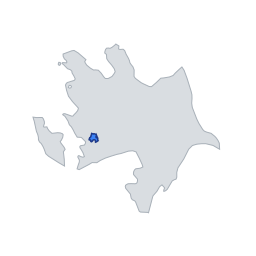 Shusha District, Şuşa, Azerbaijan shown in context, rotated 18°
{"feature_id": "54616110B49912296290484", "entity_name": "Shusha District", "entity_type": "district", "adm_level": 2, "iso_a3": "AZE", "parent_name": "Azerbaijan", "parent_adm1": "Şuşa", "projection": "albers", "projection_center": [46.676, 39.693], "detail": "fine", "context": "in_parent", "style": "filled", "palette": "blue", "viewbox_px": 256, "rotation_deg": 18, "n_neighbors": 0, "source": "geoboundaries", "source_scale": "gbopen_adm2", "svg_char_len": 4084}
<svg xmlns="http://www.w3.org/2000/svg" viewBox="0 0 256 256"><g transform="rotate(18 128 128)"><path d="M173.7,202.3L172.7,202.2L165.8,204.1L164.3,203.6L158.1,196.0L156.9,195.2L154.3,194.9L152.7,193.7L151.5,191.6L150.7,190.1L144.5,186.1L143.5,184.5L143.4,183.2L144.3,182.0L145.3,181.0L148.3,179.9L151.8,178.9L152.9,178.3L153.5,177.2L153.4,175.4L152.8,173.7L147.7,170.6L147.1,169.2L146.9,167.5L147.2,165.8L148.0,164.4L152.0,162.5L154.2,160.5L152.8,158.4L148.3,153.5L143.0,148.2L139.5,148.2L135.5,149.9L129.1,154.5L125.6,156.5L120.9,159.8L115.9,163.5L111.7,167.4L109.1,170.6L104.5,172.0L102.2,174.7L94.4,182.7L92.2,182.6L92.1,178.6L92.2,175.4L91.7,173.6L89.2,171.1L89.2,170.1L89.8,169.4L91.8,169.8L94.2,169.7L95.4,168.7L92.8,165.4L90.4,163.2L88.5,161.7L88.0,160.8L88.0,160.2L88.4,159.5L91.8,157.7L92.2,156.0L92.0,154.2L86.6,151.4L82.5,152.4L78.9,149.3L76.6,146.9L73.8,144.4L71.2,143.0L68.7,139.8L64.5,136.4L61.8,135.5L61.8,135.0L62.3,134.4L63.5,133.9L71.1,134.1L72.0,133.5L72.5,132.1L73.6,130.0L74.8,127.0L74.7,124.4L67.1,120.1L61.6,116.2L57.9,111.1L55.3,106.5L55.5,104.9L56.2,103.5L62.2,99.3L62.6,98.2L62.5,97.4L60.4,95.2L57.8,92.9L57.0,91.3L55.3,90.4L52.2,90.3L46.7,87.4L45.5,87.2L45.3,86.6L45.6,86.0L49.5,85.0L49.5,84.1L48.3,82.8L46.1,81.9L44.1,79.7L43.4,77.7L50.6,72.0L52.7,70.9L57.4,72.0L66.9,76.0L66.3,78.1L67.2,79.3L69.4,81.0L73.7,82.7L77.3,83.5L79.1,82.8L81.9,82.2L85.5,84.1L88.8,86.6L90.4,87.6L91.3,87.9L93.8,87.1L96.9,83.9L98.1,80.2L98.4,78.4L96.6,75.9L93.0,73.2L89.0,70.8L86.4,68.7L84.7,64.6L83.0,64.1L82.6,63.5L82.4,62.1L82.4,60.2L83.0,58.7L84.7,58.0L86.3,57.8L87.8,56.3L89.7,53.5L90.5,51.9L94.0,52.8L94.5,55.4L95.1,55.9L96.6,55.6L99.0,54.6L100.9,55.4L103.4,58.4L106.9,61.6L108.7,63.7L109.5,65.2L111.2,66.6L113.8,68.3L115.9,70.9L117.8,77.1L119.6,78.5L126.3,80.8L128.7,81.2L135.3,82.0L137.6,81.4L140.9,76.0L143.8,70.5L146.6,69.3L151.7,66.6L154.7,64.1L155.9,61.3L158.7,56.2L160.4,53.3L163.5,55.8L168.8,62.5L176.6,73.5L178.5,76.6L179.8,80.3L180.9,84.7L182.8,88.6L190.7,98.3L194.1,101.8L199.6,106.4L201.6,107.4L204.1,107.6L208.7,107.4L213.1,109.1L215.2,110.3L217.5,112.1L219.5,114.2L221.7,119.9L214.2,118.3L206.7,118.9L202.6,120.3L198.5,122.1L194.7,124.7L192.3,129.4L190.6,140.3L187.8,150.5L188.1,155.2L189.6,159.7L189.5,161.8L188.1,162.8L186.4,164.7L184.3,174.1L183.2,176.0L181.7,177.2L181.2,176.1L181.3,173.6L177.9,171.6L176.2,174.0L175.1,179.2L172.8,184.6L172.7,185.7L173.7,202.3ZM61.2,107.5L61.5,106.1L60.6,105.4L59.6,105.3L58.8,106.1L58.7,107.9L59.9,108.2L61.2,107.5ZM35.9,149.4L34.8,147.8L34.3,147.0L37.6,146.4L43.2,144.5L44.7,145.5L46.3,147.5L47.1,149.3L47.1,152.5L47.8,153.1L50.5,152.0L51.7,153.4L53.8,155.0L57.3,156.6L62.6,154.2L65.2,153.6L67.3,153.7L68.4,154.4L68.8,157.0L68.4,160.1L67.7,161.8L68.8,163.0L73.1,166.0L74.8,167.7L73.9,170.6L77.1,177.6L78.1,180.4L79.4,183.8L72.8,182.4L61.1,179.4L57.8,177.9L54.8,174.0L53.0,172.0L50.3,169.6L48.1,168.6L46.5,166.9L45.6,164.4L44.2,162.1L41.9,159.4L36.6,150.3L35.9,149.4ZM43.9,89.2L43.2,89.7L42.1,89.2L41.8,88.1L41.9,86.9L43.0,86.7L43.9,87.0L44.1,88.1L43.9,89.2Z" fill="#d9dde1" stroke="#a8b0b8" stroke-width="1"/><path d="M100.9,145.4L100.1,144.4L100.1,144.5L99.5,144.2L98.8,143.9L98.1,143.9L97.3,144.0L96.9,144.4L95.9,144.4L95.1,144.4L95.1,144.7L95.2,145.0L95.2,145.3L95.2,145.6L95.3,146.1L95.2,146.6L95.2,147.0L95.2,147.4L95.4,147.7L95.3,148.0L95.1,148.3L95.0,148.7L94.6,149.0L94.6,149.3L94.5,149.9L94.6,150.2L94.6,151.1L94.8,151.3L95.0,151.3L95.3,151.2L95.5,151.0L96.0,151.0L96.3,151.2L96.5,151.4L96.5,151.7L96.6,152.0L96.9,152.3L97.2,152.4L97.5,152.4L97.9,152.0L98.0,151.8L98.1,151.6L98.3,151.3L98.3,151.1L98.3,150.8L98.3,150.6L98.4,150.4L98.7,150.1L98.9,150.0L99.2,149.7L99.5,149.6L100.0,149.6L100.4,149.6L100.6,149.7L100.8,150.0L101.1,150.2L101.2,150.4L101.2,150.8L101.3,151.1L101.5,151.5L102.4,150.8L103.5,149.3L103.2,149.1L103.0,148.7L102.7,148.3L102.7,147.9L102.6,147.5L102.3,147.1L102.0,146.5L101.7,146.3L101.5,146.6L101.2,147.0L100.8,147.0L100.6,146.9L100.4,146.6L100.3,146.3L100.2,146.1L100.2,145.9L100.3,145.6L100.5,145.4L100.8,145.4L100.9,145.4Z" fill="#3b82f6" stroke="#1e3a8a" stroke-width="1.5"/></g></svg>